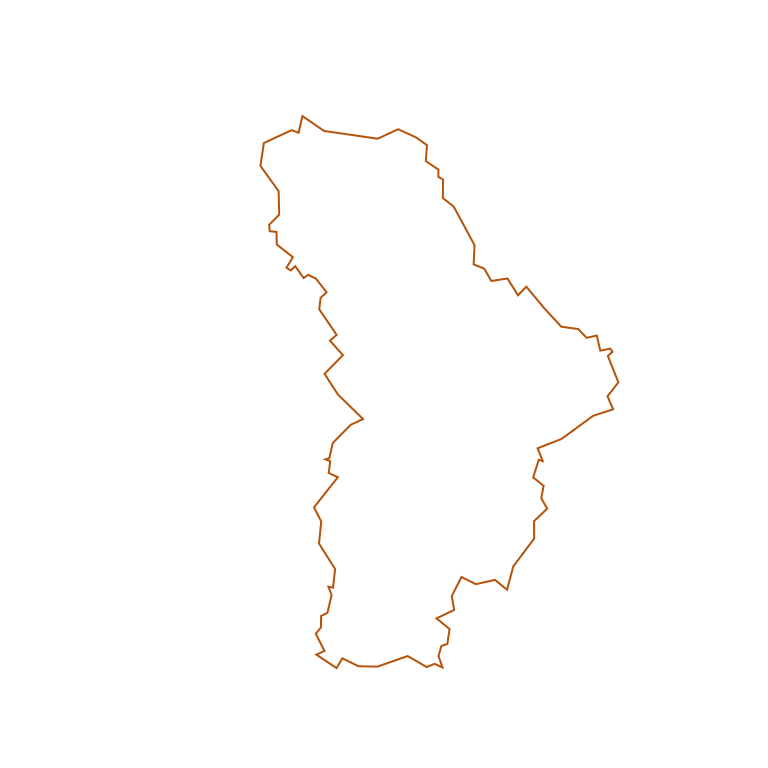 Mogila, Mogila, North Macedonia (Natural Earth projection), rotated 236°
{"feature_id": "65306769B16932285740052", "entity_name": "Mogila", "entity_type": "district", "adm_level": 2, "iso_a3": "MKD", "parent_name": "North Macedonia", "parent_adm1": "Mogila", "projection": "natural_earth1", "projection_center": [21.425, 41.178], "detail": "fine", "context": "isolated", "style": "outline", "palette": "amber", "viewbox_px": 768, "rotation_deg": 236, "n_neighbors": 0, "source": "geoboundaries", "source_scale": "gbopen_adm2", "svg_char_len": 1474}
<svg xmlns="http://www.w3.org/2000/svg" viewBox="0 0 768 768"><g transform="rotate(236 384 384)"><path d="M357.4,559.2L385.1,556.4L382.6,544.7L402.4,545.4L409.4,530.6L423.6,531.6L433.0,525.2L448.5,536.7L492.0,541.0L505.3,536.8L520.5,547.3L525.4,544.9L531.3,549.0L545.4,543.3L558.0,553.2L570.6,548.4L587.3,538.2L590.9,515.9L627.3,475.8L651.7,466.2L640.1,453.7L646.1,449.3L651.0,419.2L633.9,403.5L602.8,404.5L583.0,391.8L580.2,377.8L574.6,374.7L570.2,379.9L559.5,373.1L540.1,379.4L535.0,368.2L530.3,370.2L531.4,376.3L516.8,376.6L516.9,382.1L509.5,386.5L492.2,387.7L490.9,379.7L482.2,372.1L451.2,372.2L450.2,363.4L430.9,366.1L425.7,340.4L401.0,339.9L366.7,347.0L368.8,333.6L363.7,308.5L353.1,297.2L354.3,293.3L350.0,296.2L341.2,288.4L332.5,293.6L320.9,257.0L305.1,255.1L288.1,240.9L257.9,240.0L243.7,227.9L247.0,224.5L238.4,222.6L225.9,209.1L226.9,202.2L217.4,195.5L215.1,187.8L196.0,185.4L197.5,176.6L175.0,185.8L179.9,196.1L164.3,205.0L153.4,220.5L145.2,251.5L125.5,261.1L123.7,269.4L116.3,274.0L128.0,277.1L134.8,285.2L133.0,291.1L144.2,301.3L160.3,296.5L157.5,315.9L170.2,321.5L180.7,340.3L166.7,348.2L159.6,366.4L144.6,371.0L160.5,389.2L171.9,422.1L186.4,431.7L189.4,449.6L201.3,450.5L210.4,459.4L223.1,455.4L234.6,469.9L231.4,472.5L244.8,475.4L239.2,500.4L240.7,539.6L234.9,559.8L248.8,562.4L254.3,579.2L282.0,585.3L282.9,591.4L286.8,591.3L290.7,582.0L305.2,587.5L309.0,577.8L321.0,575.7L332.4,563.0L357.4,559.2Z" fill="none" stroke="#b45309" stroke-width="2"/></g></svg>